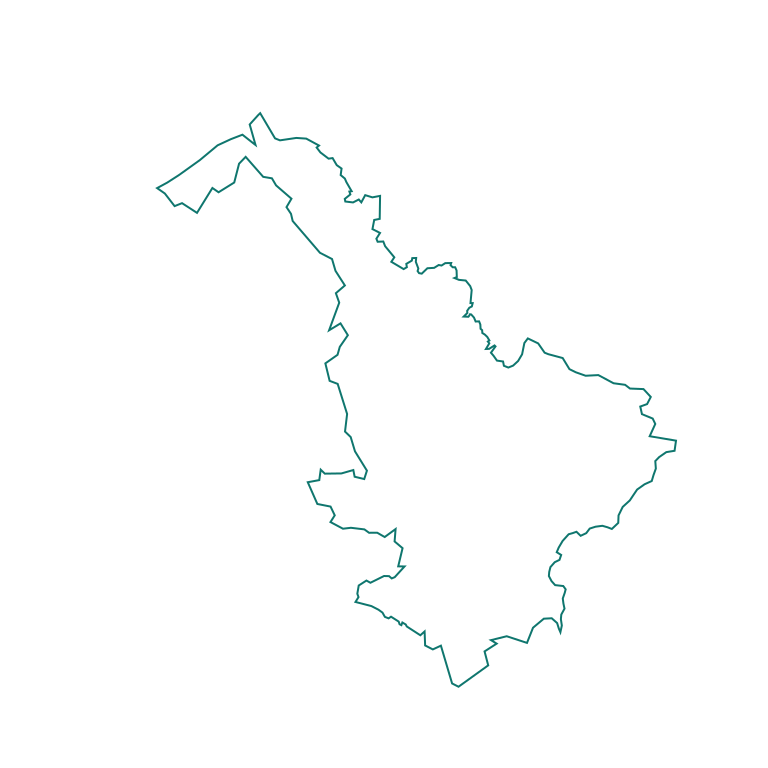 Kokkina, Nicosia, Cyprus, rotated 134°
{"feature_id": "46923920B39759064245656", "entity_name": "Kokkina", "entity_type": "district", "adm_level": 2, "iso_a3": "CYP", "parent_name": "Cyprus", "parent_adm1": "Nicosia", "projection": "mercator", "projection_center": [32.601, 35.162], "detail": "fine", "context": "isolated", "style": "outline", "palette": "teal", "viewbox_px": 768, "rotation_deg": 134, "n_neighbors": 0, "source": "geoboundaries", "source_scale": "gbopen_adm2", "svg_char_len": 3495}
<svg xmlns="http://www.w3.org/2000/svg" viewBox="0 0 768 768"><g transform="rotate(134 384 384)"><path d="M278.1,661.3L290.6,660.9L301.3,642.5L301.6,644.9L303.0,659.0L314.2,664.2L327.9,669.5L350.8,672.0L363.4,674.3L376.4,676.7L389.6,679.8L400.7,683.3L399.2,674.0L401.5,658.2L394.2,654.9L390.8,637.4L362.2,643.6L361.0,636.2L343.1,631.7L326.2,641.3L316.7,641.3L318.9,614.8L313.9,607.5L316.1,599.6L315.0,579.3L324.5,577.0L326.2,569.1L330.2,562.9L334.1,521.2L330.2,508.2L336.3,497.5L340.3,480.6L352.1,481.7L356.6,472.7L383.5,460.8L370.6,457.4L374.0,443.9L388.0,441.6L395.3,437.7L409.9,440.5L419.5,425.3L416.1,417.4L431.2,389.7L445.3,379.0L445.3,371.1L452.6,358.1L458.2,336.1L466.1,332.2L471.1,340.7L467.2,346.3L477.9,352.5L489.6,364.3L489.6,370.0L498.1,363.8L507.6,370.6L516.6,348.6L509.3,337.3L512.7,328.2L520.5,326.6L516.6,313.0L510.4,307.9L502.2,297.1L501.4,291.4L495.7,285.6L493.6,277.2L480.3,274.9L489.9,267.0L489.2,256.6L505.3,247.1L501.0,242.5L515.5,242.1L518.5,243.4L518.7,246.9L522.1,250.6L536.4,255.7L537.6,260.1L546.5,262.2L553.4,257.5L555.0,254.3L560.6,253.1L552.5,238.8L550.2,231.2L549.5,226.3L550.9,221.6L549.4,217.9L546.5,217.3L544.7,208.4L546.0,205.9L545.4,204.0L542.8,205.1L541.9,201.3L542.6,199.2L539.5,183.3L533.8,182.9L543.5,172.8L541.0,164.5L532.7,161.3L552.1,127.0L550.0,120.1L514.0,113.6L506.5,125.9L492.5,122.6L493.9,129.1L480.2,120.5L470.9,101.3L455.8,107.5L441.8,106.0L436.0,100.6L435.7,93.4L438.5,88.3L440.0,84.7L434.2,88.3L430.3,93.4L426.7,96.3L420.2,98.1L417.3,102.4L414.1,106.4L408.7,108.9L405.5,110.7L404.8,114.7L409.8,121.2L409.4,126.6L407.6,132.0L404.4,134.6L400.1,137.1L393.6,137.4L388.6,135.6L383.9,137.8L385.0,142.9L380.3,144.7L372.8,146.5L363.8,146.8L360.2,144.7L356.6,142.9L356.6,137.1L350.8,134.9L345.1,135.6L339.7,132.7L334.3,128.4L331.8,123.7L330.0,119.4L321.2,119.0L315.6,124.0L306.6,126.9L297.0,126.3L290.9,127.4L284.1,128.6L275.1,126.9L267.8,124.0L262.2,126.9L256.0,129.7L251.0,135.3L245.4,135.3L236.9,133.6L230.2,128.6L221.9,134.6L237.0,156.6L224.3,161.1L222.2,166.7L226.5,177.5L222.2,184.0L215.7,180.8L208.0,183.1L207.4,193.8L216.4,203.9L217.1,210.0L224.0,219.4L228.7,236.0L238.0,244.7L242.3,254.1L244.5,260.9L241.2,273.5L248.4,286.5L249.9,290.2L247.7,301.3L251.3,312.2L257.0,311.5L266.7,305.3L274.3,303.5L281.1,303.9L285.8,306.0L287.6,310.4L285.1,314.0L288.7,319.0L287.6,324.8L287.2,328.8L279.5,329.9L279.5,331.3L285.7,332.8L288.0,335.0L281.6,336.5L281.3,338.8L279.5,338.4L278.4,342.4L278.4,345.8L279.0,348.7L277.1,350.8L277.2,352.9L274.3,356.0L272.9,359.1L275.4,361.5L273.7,365.4L273.4,369.6L274.1,370.6L275.5,370.2L277.0,370.0L280.1,373.5L275.0,373.4L273.6,375.0L269.9,375.6L267.2,374.7L264.2,376.4L265.7,378.0L255.5,386.2L253.7,390.0L252.8,397.1L257.0,402.4L258.8,406.9L256.5,405.9L251.9,410.7L250.6,413.9L252.3,415.7L252.3,418.7L250.3,419.7L254.5,423.9L258.8,424.9L260.4,427.3L265.6,428.6L270.6,433.2L278.4,433.5L279.9,435.8L279.4,438.3L277.1,439.5L274.0,446.0L271.0,448.4L273.8,451.1L275.9,449.7L282.1,451.4L284.1,448.7L287.7,449.7L291.0,463.6L285.7,464.6L284.1,478.9L282.0,483.5L286.1,487.4L284.8,490.4L278.1,491.8L280.6,499.9L272.8,505.0L268.2,501.8L251.4,517.5L257.8,522.0L261.2,528.7L269.1,526.5L268.8,530.3L274.9,532.4L279.6,538.6L278.1,540.8L271.0,539.9L269.6,542.6L267.8,541.2L264.9,551.3L263.4,554.9L263.8,560.3L258.5,564.2L259.4,570.0L258.8,572.2L257.2,577.9L260.4,580.4L261.6,590.6L260.7,596.7L257.6,596.4L261.5,610.4L267.9,618.0L281.0,628.1L283.0,633.0L275.2,661.2L278.1,661.3Z" fill="none" stroke="#0f766e" stroke-width="2"/></g></svg>